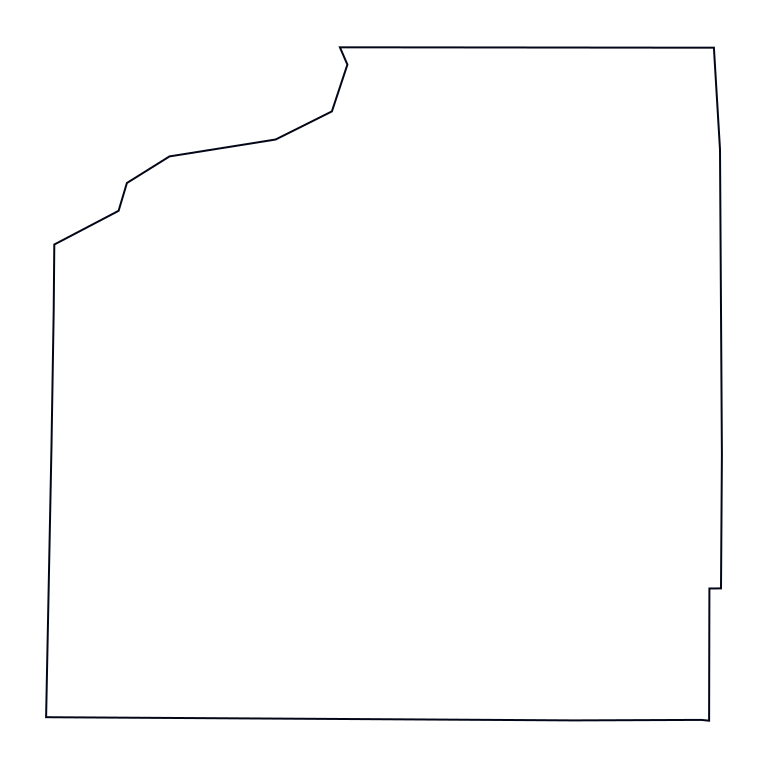 Henry, Illinois, United States of America
{"feature_id": "52423323B92749685082725", "entity_name": "Henry", "entity_type": "district", "adm_level": 2, "iso_a3": "USA", "parent_name": "United States of America", "parent_adm1": "Illinois", "projection": "orthographic", "projection_center": [-90.154, 41.367], "detail": "fine", "context": "isolated", "style": "outline", "palette": "ink", "viewbox_px": 768, "rotation_deg": 0, "n_neighbors": 0, "source": "geoboundaries", "source_scale": "gbopen_adm2", "svg_char_len": 359}
<svg xmlns="http://www.w3.org/2000/svg" viewBox="0 0 768 768"><path d="M51.5,445.3L46.1,717.2L573.8,720.4L701.3,719.9L709.1,720.7L709.4,588.5L721.0,588.4L721.9,454.6L720.0,149.5L713.9,47.7L339.9,47.3L347.4,64.6L331.9,111.4L275.6,139.5L169.5,156.4L126.9,183.0L118.6,210.8L54.3,244.5L53.7,310.5L51.5,445.3Z" fill="none" stroke="#020617" stroke-width="2"/></svg>